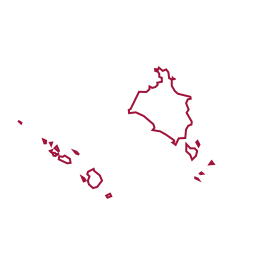 the district of Ko Samui, Surat Thani, Thailand, rotated 310°
{"feature_id": "78962969B93430934816346", "entity_name": "Ko Samui", "entity_type": "district", "adm_level": 2, "iso_a3": "THA", "parent_name": "Thailand", "parent_adm1": "Surat Thani", "projection": "robinson", "projection_center": [99.825, 9.553], "detail": "medium", "context": "isolated", "style": "outline", "palette": "rose", "viewbox_px": 256, "rotation_deg": 310, "n_neighbors": 0, "source": "geoboundaries", "source_scale": "gbopen_adm2", "svg_char_len": 1873}
<svg xmlns="http://www.w3.org/2000/svg" viewBox="0 0 256 256"><g transform="rotate(310 128 128)"><path d="M190.5,110.9L189.2,112.3L190.4,114.4L189.6,117.1L187.3,119.1L188.1,121.7L185.2,124.2L181.5,121.3L180.1,123.0L176.9,122.6L174.3,120.8L173.7,117.8L171.4,119.5L167.5,119.0L162.8,113.2L144.2,117.8L142.3,117.0L140.1,119.3L145.0,123.9L147.3,132.3L147.2,145.0L145.2,148.1L142.2,148.2L146.1,154.8L147.3,161.2L148.2,170.9L147.4,172.2L145.5,171.4L145.7,175.3L152.6,173.5L157.2,178.3L164.0,173.5L168.4,172.7L171.4,174.4L173.8,172.8L177.3,163.1L181.1,162.6L184.3,156.6L188.3,155.4L190.8,157.2L192.0,155.7L186.3,144.2L186.4,140.1L188.4,134.5L193.3,130.2L192.6,127.5L196.6,123.2L197.4,119.6L194.1,117.9L194.1,112.8L192.1,113.4L190.5,110.9ZM68.8,125.5L66.4,126.5L66.2,129.6L61.7,131.2L59.7,134.3L59.5,139.8L63.1,142.3L71.0,141.9L73.6,136.8L73.4,129.7L74.6,128.0L68.8,125.5ZM153.2,183.0L147.6,187.6L147.5,192.8L144.9,197.5L150.3,198.0L154.9,195.7L155.3,192.3L152.5,188.8L153.2,183.0ZM62.2,93.5L59.5,95.1L61.9,104.2L64.4,106.4L67.0,103.3L66.2,97.2L63.9,96.5L62.2,93.5ZM65.0,159.0L66.1,156.5L62.2,154.8L61.4,157.0L65.0,159.0ZM61.8,89.7L61.9,87.8L60.5,86.1L58.9,88.6L59.8,90.3L64.1,91.6L61.8,89.7ZM68.5,85.0L65.4,84.7L65.4,89.7L66.1,89.8L68.5,85.0ZM60.5,129.3L61.4,126.8L61.0,123.8L58.6,128.4L60.5,129.3ZM162.7,189.6L160.9,189.5L159.3,193.8L161.2,193.4L162.7,189.6ZM64.7,70.3L62.5,73.8L63.5,74.9L65.6,73.5L64.7,70.3ZM155.5,216.8L156.3,213.4L152.4,213.7L155.5,216.8ZM76.2,107.6L76.7,103.9L75.7,101.1L75.0,104.5L76.2,107.6ZM68.0,79.2L66.5,77.8L65.4,80.2L68.0,79.2ZM141.2,214.9L141.2,212.8L139.3,212.3L139.2,213.1L141.2,214.9ZM60.0,84.6L62.1,84.0L60.2,82.9L60.0,84.6ZM195.1,130.1L194.0,131.0L196.1,132.9L195.0,131.4L195.1,130.1ZM133.7,215.6L134.1,214.2L133.3,211.4L132.7,211.8L133.7,215.6ZM63.5,42.9L62.9,39.2L62.7,43.2L63.5,42.9Z" fill="none" stroke="#9f1239" stroke-width="2"/></g></svg>